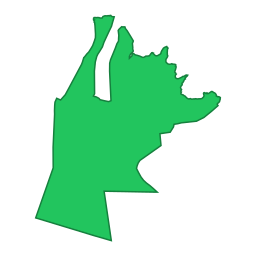 Anoamaa East, Atua, Samoa (Albers equal-area conic projection)
{"feature_id": "51752279B65855420318415", "entity_name": "Anoamaa East", "entity_type": "district", "adm_level": 2, "iso_a3": "WSM", "parent_name": "Samoa", "parent_adm1": "Atua", "projection": "albers", "projection_center": [-171.579, -13.925], "detail": "fine", "context": "isolated", "style": "filled", "palette": "green", "viewbox_px": 256, "rotation_deg": 0, "n_neighbors": 0, "source": "geoboundaries", "source_scale": "gbopen_adm2", "svg_char_len": 3318}
<svg xmlns="http://www.w3.org/2000/svg" viewBox="0 0 256 256"><path d="M111.3,240.6L104.1,191.2L122.2,191.5L142.3,191.9L153.9,192.1L157.2,192.1L153.7,188.9L149.9,185.6L146.4,183.0L143.5,180.3L141.0,177.0L138.5,172.5L136.5,168.5L137.1,165.9L138.2,163.0L139.9,160.4L145.0,156.8L161.0,145.5L159.9,133.7L170.2,132.2L173.5,126.9L174.0,124.3L177.8,123.7L181.4,122.8L183.5,122.6L196.5,121.2L204.0,117.4L212.0,110.9L218.0,105.6L217.2,104.3L217.4,103.7L218.5,102.7L219.5,101.7L219.8,100.5L220.3,98.8L220.1,98.0L220.3,97.5L219.5,97.0L218.8,96.7L217.5,96.7L216.8,96.1L216.4,96.1L216.4,95.4L216.0,94.4L215.3,93.4L214.2,92.7L213.7,92.6L212.5,91.6L211.4,91.5L209.6,92.8L208.2,93.6L207.4,93.6L207.3,93.2L206.7,93.6L206.2,93.4L206.1,93.0L205.4,93.4L204.8,92.8L204.3,92.6L203.7,92.9L203.5,93.5L203.7,94.5L204.0,95.2L203.9,96.2L203.6,96.9L202.0,98.5L200.5,98.8L198.8,98.8L197.6,99.0L195.1,98.7L194.7,99.0L193.7,98.9L191.6,99.2L190.5,98.6L190.1,98.6L189.1,99.0L188.4,98.9L187.1,98.2L186.5,97.7L185.2,96.2L183.9,95.6L183.4,95.0L182.6,94.8L181.1,94.1L180.8,93.2L181.4,92.1L181.1,92.0L180.7,91.0L181.6,89.7L181.5,89.3L180.8,88.8L180.5,87.4L181.2,85.9L182.0,85.1L182.2,84.6L182.0,83.8L182.0,83.2L182.7,82.8L183.8,81.0L183.8,80.5L184.5,79.6L185.4,78.9L185.0,78.3L185.3,77.6L185.9,77.3L187.0,76.0L187.3,76.0L187.7,75.2L186.3,75.0L185.7,75.4L185.4,75.3L184.2,76.3L182.8,76.4L181.6,77.3L178.5,78.7L176.9,78.7L175.8,78.0L175.2,76.9L175.4,75.2L176.2,74.2L175.8,74.0L175.8,73.2L174.9,72.4L174.9,71.1L175.5,69.5L176.1,67.1L176.0,66.3L175.4,66.1L175.8,65.0L175.7,64.6L174.9,64.3L172.9,64.1L172.5,64.2L171.9,63.7L170.8,64.1L169.2,64.3L168.1,64.0L167.0,63.2L165.9,61.9L165.9,59.5L167.6,56.6L167.7,55.4L167.4,55.2L167.3,54.4L167.3,53.1L167.2,52.7L167.4,50.8L167.3,49.8L168.0,48.2L167.6,47.5L167.2,47.6L166.7,46.5L164.5,47.4L163.4,48.2L161.8,50.7L161.1,52.2L160.8,53.6L160.5,53.9L157.9,55.5L156.3,55.9L155.1,55.4L153.1,53.5L153.4,53.1L152.3,52.6L151.6,52.8L151.5,53.2L150.7,53.9L149.5,55.7L147.8,56.1L146.5,56.1L145.6,56.2L145.0,56.7L143.8,57.3L142.8,57.4L141.7,57.0L139.7,56.1L136.8,55.2L135.6,55.0L134.4,54.4L133.8,53.6L132.6,53.6L131.9,54.0L132.1,54.6L132.0,55.8L129.4,58.3L129.4,56.4L130.6,54.0L131.2,53.4L133.1,51.5L133.2,50.7L132.7,49.0L132.8,47.6L132.4,43.4L132.7,42.6L133.1,41.8L133.3,40.9L131.3,37.5L127.2,30.8L125.4,28.5L124.9,26.9L122.4,26.9L121.7,26.7L119.5,28.8L118.8,29.5L118.2,30.5L118.8,35.3L118.6,38.1L118.5,41.1L116.9,43.8L115.3,48.2L112.9,54.1L110.6,59.6L109.7,63.2L109.6,71.2L111.0,100.7L108.6,101.6L104.6,100.8L100.0,99.7L99.2,98.6L98.5,98.1L96.6,97.1L95.4,96.6L94.5,96.6L93.4,96.1L94.2,94.5L94.6,93.8L94.4,71.1L95.3,62.0L96.7,56.6L97.8,54.2L99.7,51.3L102.4,46.9L103.9,42.4L106.4,37.0L109.2,31.0L111.5,26.3L112.5,22.6L113.3,19.9L114.2,16.8L112.0,16.6L111.3,16.1L110.8,15.4L110.0,15.4L109.4,15.9L108.1,15.6L107.3,15.9L105.3,15.8L104.9,15.8L103.0,16.5L102.1,18.0L100.3,18.0L99.5,17.9L99.1,17.6L97.1,17.5L96.3,17.7L95.4,17.5L94.6,17.7L94.2,17.5L93.6,18.1L93.5,19.4L94.4,19.9L93.8,20.3L94.2,20.8L94.2,22.2L94.6,22.3L95.0,25.8L95.5,34.2L95.4,37.8L94.4,41.0L92.7,45.6L91.0,48.5L88.7,52.1L86.9,53.9L84.5,57.0L83.8,57.6L82.4,62.2L81.5,64.5L69.2,87.5L65.3,94.7L60.6,100.0L56.7,98.3L55.0,102.1L54.7,105.3L54.5,110.7L54.6,114.2L53.1,147.2L53.2,167.9L35.7,217.9L94.3,235.7L111.3,240.6Z" fill="#22c55e" stroke="#15803d" stroke-width="1.5"/></svg>